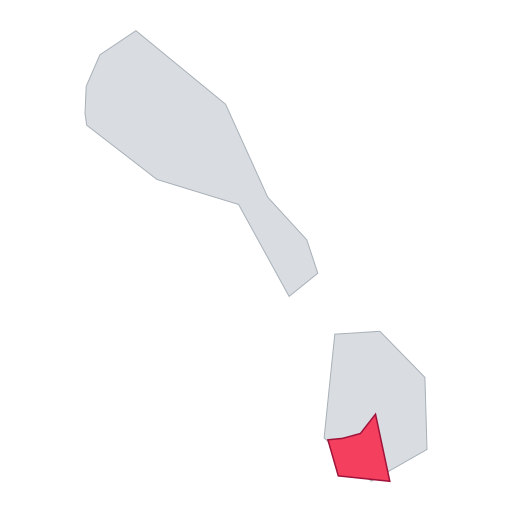 where Saint John Figtree sits in Saint Kitts and Nevis
{"feature_id": "KNA-5105", "entity_name": "Saint John Figtree", "entity_type": "Parish", "adm_level": 1, "iso_a3": "KNA", "parent_name": "Saint Kitts and Nevis", "parent_adm1": "", "projection": "equal_earth", "projection_center": [-62.592, 17.123], "detail": "fine", "context": "in_parent", "style": "filled", "palette": "rose", "viewbox_px": 512, "rotation_deg": 0, "n_neighbors": 0, "source": "natural_earth", "source_scale": "10m", "svg_char_len": 512}
<svg xmlns="http://www.w3.org/2000/svg" viewBox="0 0 512 512"><path d="M317.8,273.2L289.1,296.4L238.6,204.5L157.0,179.5L86.7,125.2L85.0,113.5L86.2,86.3L99.9,54.8L135.9,30.7L225.6,104.3L267.7,197.2L306.8,239.9L317.8,273.2ZM427.0,449.4L371.3,481.2L324.1,437.9L334.8,334.2L379.9,331.3L424.9,377.4L427.0,449.4Z" fill="#d9dde1" stroke="#a8b0b8" stroke-width="1"/><path d="M389.8,481.3L338.3,475.9L327.9,439.8L342.4,438.4L360.4,433.5L375.5,414.2L389.8,481.3Z" fill="#f43f5e" stroke="#9f1239" stroke-width="1.5"/></svg>